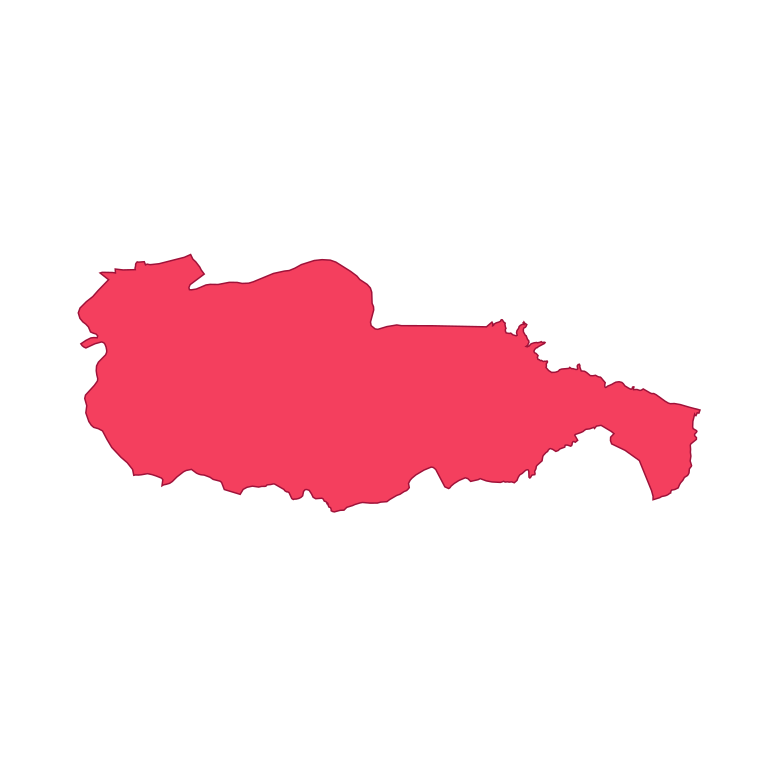 Baile Herculane, Caras-Severin, Romania, rotated 72°
{"feature_id": "2599482B76774341373778", "entity_name": "Baile Herculane", "entity_type": "district", "adm_level": 2, "iso_a3": "ROU", "parent_name": "Romania", "parent_adm1": "Caras-Severin", "projection": "albers", "projection_center": [22.46, 44.902], "detail": "fine", "context": "isolated", "style": "filled", "palette": "rose", "viewbox_px": 768, "rotation_deg": 72, "n_neighbors": 0, "source": "geoboundaries", "source_scale": "gbopen_adm2", "svg_char_len": 6164}
<svg xmlns="http://www.w3.org/2000/svg" viewBox="0 0 768 768"><g transform="rotate(72 384 384)"><path d="M393.5,650.2L393.7,648.4L394.7,645.7L395.3,643.0L396.2,636.6L398.5,632.6L401.0,629.2L404.7,624.7L406.6,623.9L412.2,626.6L411.8,624.8L412.1,622.0L412.2,618.5L411.3,615.4L408.4,609.7L405.5,601.7L405.1,598.8L405.7,593.5L410.8,589.9L412.5,588.0L413.7,586.2L415.1,583.1L418.9,578.3L421.9,576.0L425.8,569.9L427.4,568.9L435.0,568.5L444.5,554.9L440.7,550.5L439.9,546.2L440.5,540.7L443.3,535.0L443.6,531.9L444.5,529.1L444.7,528.0L443.8,526.3L444.6,522.9L444.8,520.2L445.3,519.0L453.4,511.7L454.7,511.4L456.4,510.0L456.9,508.9L457.9,507.9L464.4,507.1L465.8,506.0L465.7,505.2L466.3,502.9L466.5,500.4L466.2,498.1L465.2,495.9L461.3,493.7L460.1,491.7L460.5,490.0L462.0,488.0L466.2,486.9L469.8,486.4L472.0,484.4L473.4,478.4L474.5,477.4L476.9,477.0L477.8,475.8L479.7,474.6L479.8,475.2L480.4,475.2L481.2,474.3L481.7,474.6L484.0,474.4L485.0,473.1L487.0,473.0L488.2,473.4L489.4,472.3L490.3,470.7L490.6,464.8L491.6,461.0L489.8,457.5L489.9,451.4L489.6,448.9L489.7,443.7L490.0,441.1L493.0,434.0L495.2,427.0L495.3,423.7L496.8,417.6L495.6,414.1L493.9,406.3L493.8,402.8L492.5,398.1L492.3,395.4L491.5,393.7L490.4,392.0L486.1,391.4L483.6,388.9L482.2,386.5L480.3,381.8L478.2,372.5L477.6,364.8L478.6,362.9L481.3,361.2L500.6,357.9L503.4,354.8L503.0,353.3L501.8,351.7L500.3,348.0L498.9,342.5L498.3,335.7L499.9,333.5L503.4,331.7L504.1,323.9L503.7,321.8L507.7,316.7L510.5,311.6L513.6,303.6L513.5,300.3L514.7,299.1L515.2,296.7L516.0,295.3L516.5,292.8L518.2,290.6L516.8,287.3L514.3,285.3L512.4,283.0L511.7,280.1L509.9,276.1L509.7,274.6L510.0,273.7L510.5,273.4L511.9,273.3L517.4,274.9L518.4,274.4L518.3,273.7L516.5,271.7L516.4,270.8L516.8,268.6L516.1,268.1L513.6,267.7L511.6,265.7L509.4,264.6L508.6,263.5L505.9,257.4L502.2,255.5L501.2,254.6L499.3,251.2L498.7,249.2L497.8,248.5L496.8,246.6L496.8,245.8L498.2,243.8L501.2,241.4L501.1,239.0L500.1,236.7L499.9,231.6L498.3,230.7L498.3,229.9L498.8,228.4L500.8,225.7L500.6,224.7L499.9,224.0L498.1,223.1L497.2,221.9L497.4,221.1L498.5,220.1L497.4,217.2L491.6,218.4L491.1,217.7L491.0,212.0L490.7,209.5L489.9,207.5L489.5,205.9L490.2,202.3L490.1,197.8L491.3,197.5L489.7,195.0L490.4,190.3L499.2,182.6L502.3,180.6L504.6,184.9L507.8,186.1L511.3,186.0L521.6,175.2L535.7,164.8L568.1,162.5L574.0,162.8L577.2,163.9L577.3,156.9L576.8,154.6L577.2,151.4L577.2,149.5L576.8,147.3L576.3,146.4L576.2,145.0L574.9,144.5L573.8,143.2L574.2,140.0L573.7,136.3L571.1,134.1L569.6,132.4L567.9,129.5L565.7,127.2L564.8,123.7L564.2,122.8L562.8,121.4L559.1,119.8L557.2,117.1L556.6,116.7L551.8,116.6L547.4,114.4L543.6,113.7L540.8,112.6L536.8,111.6L535.8,110.7L533.2,104.0L531.5,103.4L529.6,104.4L528.5,104.4L527.6,103.9L526.5,101.8L525.6,101.0L524.8,101.3L522.0,103.8L520.2,103.7L515.0,101.8L508.9,98.0L509.9,97.9L510.5,97.1L508.2,95.0L509.0,93.5L506.4,91.5L500.5,100.7L495.1,108.6L492.3,113.9L491.2,117.8L490.0,119.5L487.2,122.0L478.3,128.5L476.4,130.4L475.9,132.3L474.9,133.5L468.8,139.0L469.4,141.2L469.2,142.6L467.4,145.1L466.5,148.4L465.5,148.2L464.1,147.2L463.7,147.8L463.8,148.6L465.2,149.5L465.3,150.7L463.8,152.4L460.2,155.5L457.7,156.3L456.0,157.3L454.5,159.7L453.9,162.9L454.3,165.6L454.8,167.4L454.7,167.9L454.9,168.8L455.1,171.9L455.8,173.6L455.7,174.5L454.8,174.8L453.0,174.3L451.1,173.2L444.9,175.7L444.1,176.4L444.0,177.0L443.0,178.4L441.1,180.1L440.7,182.8L439.8,185.2L435.6,187.8L433.9,189.3L432.5,192.4L428.2,192.5L427.2,192.0L425.6,192.1L425.5,193.4L426.6,194.7L429.4,195.1L429.8,195.7L429.5,197.0L427.9,199.4L427.3,201.0L425.6,202.2L426.3,203.3L424.7,210.3L424.7,212.6L425.7,214.3L425.8,216.8L425.5,218.7L425.0,219.9L425.0,220.8L422.0,223.3L418.4,224.8L417.2,224.0L415.1,223.5L413.7,221.8L413.0,221.6L412.5,221.8L412.4,223.5L412.0,223.9L411.8,225.6L410.2,227.0L410.1,228.1L409.0,228.7L408.2,229.9L406.0,229.9L404.6,228.7L402.0,229.9L400.7,231.2L399.1,231.3L397.7,230.0L396.6,227.8L396.8,226.9L396.2,225.8L395.0,218.8L394.3,218.0L393.8,218.6L393.4,220.7L392.3,221.4L392.5,222.4L392.3,224.6L392.2,225.5L391.7,225.9L391.2,228.5L391.2,231.2L391.4,232.1L392.7,234.3L392.8,235.3L392.9,236.2L392.2,237.3L391.5,235.4L389.1,233.2L387.4,233.0L386.1,233.7L382.0,233.9L381.5,234.5L377.5,235.3L375.1,234.6L373.9,233.6L373.8,232.3L373.3,231.3L371.6,229.8L369.6,231.4L368.2,231.8L368.6,232.2L368.7,232.7L370.6,232.5L370.0,233.8L370.1,234.8L370.3,236.0L371.1,237.7L372.6,238.7L374.3,241.0L376.2,242.1L378.8,242.3L379.0,243.4L377.1,246.2L374.8,247.7L374.6,249.3L373.2,252.0L371.2,252.2L369.4,251.6L368.8,250.8L367.2,250.9L364.5,250.5L363.6,249.9L362.0,251.0L359.6,251.6L359.2,252.3L359.4,253.1L360.3,253.7L360.6,255.9L360.5,258.5L361.1,260.9L362.1,261.8L362.2,262.7L360.2,261.9L358.5,262.2L361.3,268.9L343.7,319.6L333.9,349.4L331.8,353.6L330.3,363.5L330.1,373.0L328.9,375.4L324.5,378.2L320.9,377.7L310.4,370.9L307.3,370.1L303.6,370.4L292.9,367.3L288.5,367.3L284.1,369.2L277.1,374.8L273.0,376.4L266.5,381.0L253.2,392.1L249.6,396.8L246.6,404.5L245.0,412.2L244.9,425.7L246.3,432.9L246.8,439.0L245.8,443.9L244.7,455.0L246.4,476.8L246.3,481.5L244.5,487.9L242.0,492.3L239.5,499.7L238.1,511.0L235.5,518.6L234.8,522.7L235.7,533.2L234.9,538.2L234.2,539.9L232.1,539.8L229.6,537.7L223.9,521.0L219.1,522.6L215.8,523.1L209.6,525.3L206.2,527.2L201.1,527.9L201.8,534.7L200.1,560.8L198.4,568.9L198.0,570.1L196.8,572.2L197.0,574.0L193.6,574.2L192.3,579.7L191.6,581.0L192.7,582.7L193.6,583.3L195.0,583.8L196.9,585.0L198.4,585.2L194.9,596.9L191.6,604.1L195.4,605.1L194.1,607.7L190.7,617.5L190.7,619.7L199.7,613.7L206.7,626.9L210.9,634.0L213.7,641.6L217.8,649.6L221.9,652.8L227.6,652.9L231.9,651.2L234.9,649.1L238.3,647.5L243.8,647.0L245.8,644.8L247.5,642.4L249.7,641.4L251.4,642.5L250.2,645.5L249.6,648.6L250.4,654.0L252.1,659.9L254.3,659.2L256.1,658.0L257.6,656.4L256.4,646.4L256.7,639.7L257.0,639.2L258.1,637.8L259.8,637.1L263.0,636.9L266.1,637.3L268.0,637.9L270.2,639.7L275.0,648.9L278.0,651.8L282.5,653.6L286.5,654.3L290.5,654.6L292.6,655.6L295.8,659.9L302.3,671.3L305.3,673.1L312.8,673.4L319.3,676.5L328.5,676.3L332.8,675.1L335.5,673.5L338.2,669.5L341.6,666.2L351.0,664.6L360.2,662.5L372.4,656.8L379.5,652.5L387.6,649.5L393.5,650.2Z" fill="#f43f5e" stroke="#9f1239" stroke-width="1.5"/></g></svg>